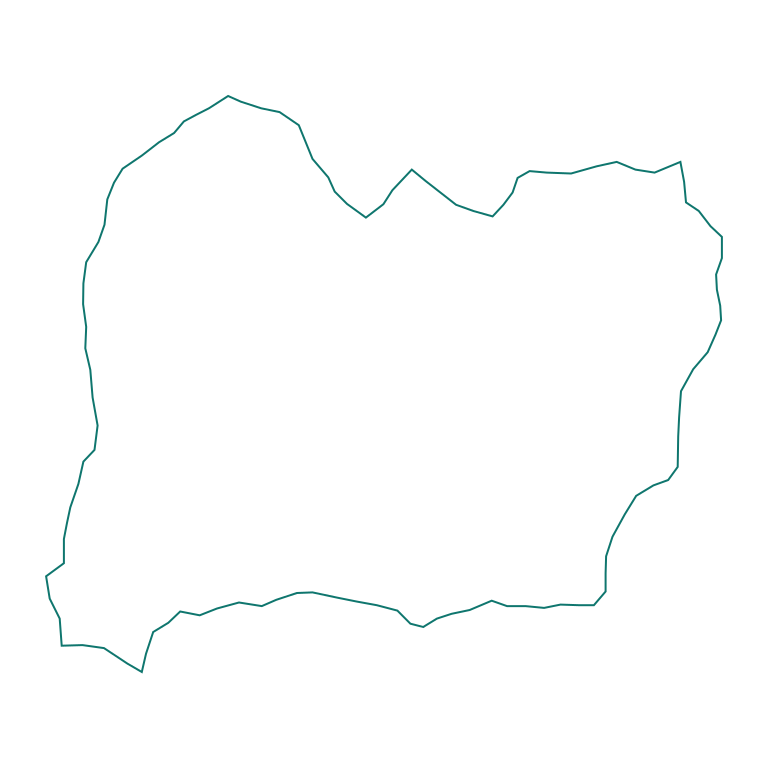 Nipoã, São Paulo, Brazil (Mercator projection)
{"feature_id": "56859067B34709054830061", "entity_name": "Nipoã", "entity_type": "district", "adm_level": 2, "iso_a3": "BRA", "parent_name": "Brazil", "parent_adm1": "São Paulo", "projection": "mercator", "projection_center": [-49.777, -20.892], "detail": "fine", "context": "isolated", "style": "outline", "palette": "teal", "viewbox_px": 768, "rotation_deg": 0, "n_neighbors": 0, "source": "geoboundaries", "source_scale": "gbopen_adm2", "svg_char_len": 1485}
<svg xmlns="http://www.w3.org/2000/svg" viewBox="0 0 768 768"><path d="M605.6,591.5L605.6,573.3L606.1,556.3L612.5,536.7L624.8,514.3L636.2,495.8L653.4,485.4L668.2,480.0L677.7,466.9L678.2,436.5L679.1,417.5L681.0,391.2L693.2,369.2L707.7,352.2L715.5,334.6L721.1,320.3L720.2,305.7L716.9,289.7L716.1,274.5L721.9,258.1L721.9,236.9L710.5,226.2L698.8,211.0L686.0,202.4L684.1,181.8L680.4,161.9L654.6,172.6L635.4,169.6L616.7,161.9L596.7,166.3L571.1,173.5L546.8,172.6L529.6,171.1L517.6,177.9L512.6,192.5L503.4,204.8L492.6,216.4L473.4,211.0L456.1,204.8L425.5,180.9L411.8,169.6L392.4,190.2L383.4,204.2L365.9,217.6L347.0,203.9L334.7,191.6L328.3,177.4L312.5,158.9L298.8,125.2L279.6,112.1L261.2,108.3L240.9,101.7L228.1,96.0L208.9,108.3L195.6,115.1L183.9,121.4L174.1,133.0L159.1,142.2L141.8,155.6L122.6,168.7L114.0,182.7L107.3,199.4L104.5,224.7L98.4,242.0L86.2,262.2L83.4,283.4L83.1,304.2L86.2,326.9L85.3,348.3L90.3,369.8L92.6,397.5L97.6,425.5L94.5,449.9L83.4,461.6L78.4,483.9L70.3,507.4L67.0,522.9L63.9,539.0L63.9,563.2L46.1,576.3L49.7,598.6L59.7,618.6L61.7,645.7L82.5,645.1L104.0,648.1L127.4,663.6L141.8,672.0L146.0,653.8L153.2,632.0L168.3,622.8L180.2,611.5L199.7,615.3L217.0,608.5L239.0,602.5L261.8,606.1L276.3,599.8L296.9,593.0L312.5,592.4L337.5,597.7L357.0,601.6L376.8,605.2L397.4,610.6L410.4,623.7L423.2,627.0L436.9,618.6L451.6,613.8L469.7,610.0L491.7,600.7L507.0,606.1L525.4,606.1L544.1,607.9L560.5,604.6L579.1,605.2L593.9,605.2L605.6,591.5Z" fill="none" stroke="#0f766e" stroke-width="2"/></svg>